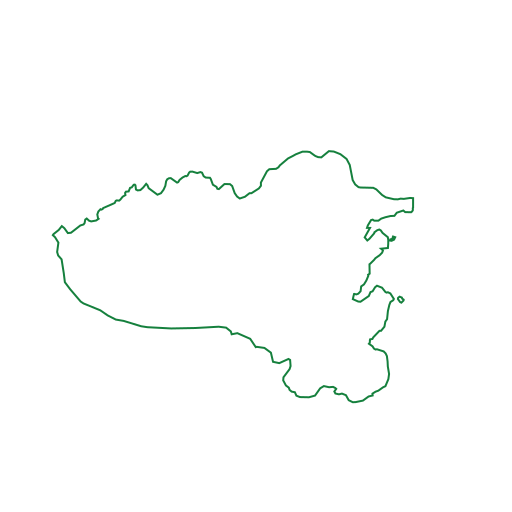 the district of Forecariah, Forécariah, Guinea, rotated 214°
{"feature_id": "49546643B90846257605457", "entity_name": "Forecariah", "entity_type": "district", "adm_level": 2, "iso_a3": "GIN", "parent_name": "Guinea", "parent_adm1": "Forécariah", "projection": "albers", "projection_center": [-13.107, 9.386], "detail": "fine", "context": "isolated", "style": "outline", "palette": "green", "viewbox_px": 512, "rotation_deg": 214, "n_neighbors": 0, "source": "geoboundaries", "source_scale": "gbopen_adm2", "svg_char_len": 3905}
<svg xmlns="http://www.w3.org/2000/svg" viewBox="0 0 512 512"><g transform="rotate(214 256 256)"><path d="M81.3,205.6L82.5,207.0L81.0,210.4L79.3,212.7L77.2,218.3L75.9,220.4L77.4,227.9L79.7,232.6L85.0,238.2L87.9,242.1L91.5,246.2L94.0,247.7L96.8,248.3L103.6,246.3L104.6,245.3L106.4,245.2L108.9,246.3L113.3,246.4L113.2,247.7L114.4,249.9L114.5,249.9L114.8,250.7L113.1,252.3L113.3,254.1L111.8,263.0L110.5,263.9L110.0,269.2L112.1,274.0L112.0,276.9L115.9,284.2L118.1,290.0L118.8,293.1L117.9,295.1L117.5,296.1L117.7,297.5L123.7,300.1L126.4,299.7L127.2,298.7L128.5,298.5L133.8,300.2L139.1,299.0L139.8,296.7L139.6,291.9L140.9,290.1L140.1,285.9L143.8,276.5L145.8,275.4L151.6,274.4L152.4,276.4L153.5,279.4L153.4,279.5L151.3,280.3L150.1,282.0L149.6,285.3L151.8,289.6L150.6,292.8L150.8,297.3L151.8,302.4L152.6,303.1L151.9,304.9L157.3,312.6L157.0,313.5L155.9,319.0L155.8,320.9L153.9,325.9L153.3,329.3L153.8,331.5L154.8,331.8L156.4,332.0L151.1,336.4L153.1,339.9L155.2,343.1L157.2,345.3L164.0,345.9L166.8,347.0L168.6,346.9L169.9,345.2L171.1,341.8L170.7,340.9L171.6,333.6L172.4,331.1L175.5,332.0L176.3,332.2L177.2,343.0L179.7,341.4L180.4,344.0L180.4,344.3L180.7,350.1L179.6,351.4L177.8,351.4L174.3,353.7L173.1,357.0L170.4,360.5L166.9,364.3L163.7,366.7L163.5,370.6L159.3,376.1L156.9,375.8L151.9,379.0L151.5,380.3L151.6,381.7L152.8,383.4L152.8,383.9L158.1,391.8L160.7,390.3L165.4,386.0L168.2,384.4L170.1,382.3L173.4,380.2L181.2,377.2L185.6,377.1L193.5,378.5L196.9,378.1L204.1,373.5L207.5,371.3L209.5,370.4L213.8,370.8L218.3,373.0L229.2,383.9L235.2,387.1L242.9,387.6L246.3,386.9L249.9,386.1L254.2,383.7L257.0,374.3L259.8,372.7L262.7,372.1L264.1,372.1L269.5,372.3L272.1,371.0L275.8,368.5L279.9,362.5L281.3,359.7L284.0,354.8L286.9,344.5L287.0,342.1L288.1,339.5L293.5,335.4L294.3,332.4L293.0,319.6L291.2,317.0L291.4,313.6L294.9,305.5L296.5,304.4L298.3,298.9L299.0,298.0L301.6,294.6L304.9,294.7L308.8,296.2L314.9,300.7L317.8,301.0L322.4,298.0L324.2,290.7L325.6,290.1L327.4,291.2L331.6,291.0L336.5,294.5L337.9,295.1L340.4,293.6L341.6,292.9L344.0,292.9L347.0,294.7L347.3,294.9L349.0,294.5L351.1,291.9L355.9,290.4L357.7,289.1L358.1,287.8L357.7,284.4L358.3,283.2L359.3,282.8L360.8,280.0L361.9,276.3L361.8,273.7L362.5,272.7L370.2,272.9L371.6,271.8L372.5,270.0L372.3,267.7L370.4,263.5L369.7,259.3L369.9,254.9L372.0,251.7L382.9,252.2L385.6,254.0L387.4,254.4L387.8,249.7L388.7,246.0L390.8,244.2L392.7,244.0L395.5,247.2L396.4,247.4L397.2,246.7L397.3,245.6L397.4,243.4L398.5,242.1L397.7,238.3L399.8,236.6L399.8,235.1L398.3,233.5L399.7,230.6L400.0,226.9L400.4,225.4L402.6,224.2L403.1,223.3L402.8,220.9L409.5,210.3L409.4,209.2L410.1,208.0L411.1,207.8L411.4,205.7L411.6,204.8L410.8,201.7L408.0,198.9L407.3,198.8L408.4,196.0L412.0,192.5L413.5,192.1L414.0,191.9L417.3,192.4L417.9,190.7L416.5,187.4L416.6,185.7L418.7,183.1L421.4,174.8L422.4,171.8L424.8,169.8L430.5,171.9L433.7,172.2L434.1,167.3L436.1,160.9L436.1,159.7L433.1,159.2L427.3,156.6L423.1,148.1L420.3,145.8L415.3,144.5L405.8,134.3L399.8,127.4L391.4,124.5L375.9,120.2L372.5,120.2L354.7,123.9L345.7,123.8L336.7,124.9L329.4,128.2L312.0,133.5L306.3,136.2L285.8,148.5L266.0,162.4L247.4,176.5L240.7,179.9L234.7,179.4L232.4,177.5L228.3,181.6L214.5,184.1L205.2,180.3L204.6,181.1L197.6,184.5L189.6,184.2L182.7,177.8L176.8,180.2L171.5,188.8L169.6,188.9L165.8,184.1L164.9,181.0L165.4,170.8L163.9,168.1L158.8,165.4L155.2,165.2L153.3,163.8L150.6,163.5L147.6,164.8L144.4,162.8L140.7,163.6L133.1,168.5L129.0,173.3L128.8,182.2L127.0,186.1L122.0,188.1L118.9,190.6L116.4,190.9L115.2,190.7L115.3,187.5L113.3,186.4L109.9,187.7L107.8,190.0L103.6,190.9L98.5,188.3L94.0,188.9L91.7,190.6L86.5,195.9L84.1,202.5L81.3,205.6ZM114.8,300.8L114.3,299.7L110.8,298.4L109.4,298.6L108.8,301.6L109.2,302.4L111.0,302.4L111.8,303.1L114.2,302.6L114.8,300.8ZM153.3,348.8L153.1,347.9L151.8,347.4L153.9,344.9L153.4,343.8L152.1,344.4L150.7,346.8L151.1,349.4L153.3,348.8Z" fill="none" stroke="#15803d" stroke-width="2"/></g></svg>